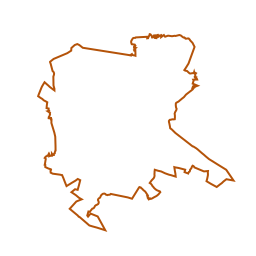 Suchiapa, Chiapas, Mexico, rotated 166°
{"feature_id": "50627088B44239726364509", "entity_name": "Suchiapa", "entity_type": "district", "adm_level": 2, "iso_a3": "MEX", "parent_name": "Mexico", "parent_adm1": "Chiapas", "projection": "mercator", "projection_center": [-93.131, 16.595], "detail": "fine", "context": "isolated", "style": "outline", "palette": "amber", "viewbox_px": 256, "rotation_deg": 166, "n_neighbors": 0, "source": "geoboundaries", "source_scale": "gbopen_adm2", "svg_char_len": 5603}
<svg xmlns="http://www.w3.org/2000/svg" viewBox="0 0 256 256"><g transform="rotate(166 128 128)"><path d="M196.7,53.6L189.1,42.8L186.4,41.2L182.3,38.9L174.8,34.3L178.8,49.5L185.0,54.0L188.2,51.7L188.7,52.9L186.6,56.5L186.2,56.2L185.5,55.9L182.1,58.4L181.2,58.4L180.6,58.6L180.1,59.0L179.5,59.6L178.8,60.4L178.0,60.8L176.4,61.1L175.3,61.5L174.7,62.2L174.3,63.2L174.4,64.3L174.6,65.3L174.4,65.8L173.9,66.4L173.3,66.8L172.4,67.0L171.8,67.4L170.9,68.6L170.1,69.4L169.3,69.8L168.5,70.2L167.6,70.2L166.8,70.1L166.1,69.6L165.5,68.6L165.0,68.4L164.4,67.9L164.0,68.0L163.4,67.9L161.6,67.7L160.7,68.2L145.0,60.7L141.2,58.4L131.5,67.8L131.1,67.9L130.8,67.7L130.5,67.4L130.0,67.2L129.6,66.3L129.0,65.7L128.1,64.0L126.7,62.2L126.5,61.7L125.1,57.8L125.8,57.5L125.0,55.5L125.7,55.3L125.1,53.7L123.7,54.2L123.6,53.8L122.4,53.7L121.4,53.9L119.8,54.4L116.9,55.1L115.7,55.6L114.2,56.4L113.1,57.3L112.2,57.9L112.3,58.6L113.0,59.2L114.5,60.2L115.4,61.0L116.2,62.0L117.1,63.3L117.7,64.7L118.3,65.7L118.7,67.2L119.3,68.4L120.2,69.4L117.7,71.5L115.3,73.0L114.5,73.9L114.2,74.4L113.8,75.2L113.5,76.9L113.1,78.0L112.8,79.2L112.1,81.0L109.1,79.2L106.3,77.8L103.0,75.1L99.4,72.7L97.8,71.9L93.5,69.3L93.1,72.0L93.0,72.6L93.0,73.6L92.9,74.5L92.9,75.0L92.6,78.0L92.5,78.8L91.8,78.4L88.6,77.0L82.6,73.7L83.8,71.5L80.6,69.3L80.3,69.8L80.0,70.1L79.6,70.6L78.8,70.8L78.2,71.5L77.9,72.4L76.2,73.7L75.4,74.9L74.8,75.5L74.4,75.8L74.0,75.5L73.7,75.1L73.3,74.6L73.1,73.7L64.8,67.5L60.8,66.9L61.1,66.1L61.4,65.2L61.5,64.3L61.7,63.5L62.0,62.6L63.4,59.7L64.7,57.4L61.1,53.8L56.2,49.3L51.7,51.3L50.8,51.6L50.0,52.0L48.3,53.0L46.5,53.8L44.9,54.5L42.3,53.3L38.3,51.5L42.8,63.7L50.6,71.7L52.7,73.9L56.9,78.2L59.4,81.6L60.9,83.8L62.4,85.8L63.8,87.8L65.6,90.4L66.7,91.8L67.1,92.2L69.1,94.3L69.7,94.5L83.3,111.8L83.5,112.2L83.9,112.8L85.9,116.1L87.1,117.5L86.9,119.9L86.8,122.4L86.8,124.0L86.6,124.9L86.1,125.4L85.5,125.8L84.6,125.7L82.8,125.7L81.6,125.3L80.5,125.2L79.9,127.0L79.4,129.2L79.3,130.6L78.5,131.9L76.7,133.8L76.2,134.9L76.4,136.1L76.3,137.4L76.1,138.7L75.7,140.1L75.1,140.8L73.9,141.1L72.8,141.4L72.2,141.6L71.3,142.1L69.6,142.9L68.4,143.5L67.9,143.7L66.8,144.2L66.3,144.4L63.6,146.4L55.9,149.8L55.0,150.6L55.9,151.1L55.0,152.4L54.2,151.7L53.8,152.7L53.1,151.7L52.7,152.0L51.8,152.0L50.2,152.2L54.5,155.4L52.8,158.2L53.0,159.1L52.5,159.0L49.2,158.3L49.3,159.1L50.5,160.5L49.7,160.9L50.7,161.7L50.4,162.0L50.1,162.4L49.9,163.4L49.5,164.2L48.8,164.7L50.3,166.1L50.3,166.3L50.9,165.3L51.0,165.4L51.6,165.6L52.5,165.6L53.1,165.7L53.6,165.7L54.4,165.8L55.0,166.1L55.5,166.8L56.1,167.7L56.5,168.4L57.0,169.1L58.6,169.8L58.9,170.1L59.0,170.3L59.3,170.6L57.3,172.4L53.7,175.9L43.8,190.6L44.8,195.0L46.5,198.0L46.7,198.9L47.1,199.4L47.2,199.7L47.5,200.2L48.2,200.4L50.0,200.6L50.6,200.8L50.9,201.6L51.4,202.2L51.8,202.1L52.6,202.7L53.2,203.4L54.2,204.8L54.5,205.1L55.7,205.8L59.6,205.8L60.5,206.2L63.1,206.4L65.3,207.3L66.8,207.9L68.0,207.8L68.7,207.7L69.9,207.6L70.3,208.4L70.7,209.5L73.8,208.2L73.2,210.1L73.3,210.2L73.7,210.0L74.2,209.5L75.6,210.4L75.9,209.4L76.2,209.4L76.5,209.3L76.6,209.1L77.3,209.0L77.3,209.7L77.0,210.3L76.9,210.4L76.8,211.1L78.0,211.0L78.5,211.0L78.9,208.4L80.0,208.8L79.6,211.4L80.6,211.5L81.1,210.0L81.3,209.9L82.7,210.0L82.8,210.7L82.8,210.8L82.7,211.5L83.9,214.2L83.8,214.3L84.1,214.1L84.8,212.8L86.2,211.2L86.5,210.8L86.8,210.3L87.6,210.4L87.0,211.8L98.5,214.0L99.0,213.7L100.5,214.0L101.2,214.0L101.8,213.6L102.2,213.3L102.6,212.8L103.1,212.4L103.5,212.0L104.0,211.2L104.2,210.5L104.2,209.3L104.1,208.4L101.3,207.3L100.9,206.0L101.4,205.6L102.1,205.6L102.4,205.5L102.7,204.6L102.4,204.3L102.1,204.1L101.9,204.0L101.7,204.0L101.2,203.8L102.5,203.1L102.2,202.9L103.1,201.8L104.0,201.5L102.1,201.5L102.9,197.9L103.3,196.3L104.1,196.8L106.0,197.7L106.3,198.8L107.7,198.3L107.9,198.3L107.9,197.8L109.8,198.7L152.5,216.8L154.7,219.7L155.3,220.4L156.9,221.7L159.6,221.4L163.6,219.3L164.4,216.8L168.8,215.3L183.5,213.0L187.6,211.1L187.7,210.7L187.5,209.1L187.4,201.5L186.8,200.7L186.5,199.3L186.5,198.9L186.9,197.7L188.0,195.9L190.0,187.3L189.9,183.9L190.3,182.3L190.6,182.7L191.0,183.1L194.0,186.8L195.1,188.6L195.5,189.1L197.9,192.6L201.3,189.2L202.2,188.1L206.6,182.0L207.5,180.6L205.5,178.3L204.4,177.2L204.1,176.9L203.3,175.6L202.8,175.0L201.4,173.8L200.8,173.2L200.1,172.5L200.8,170.9L201.4,169.3L202.2,167.0L200.3,166.1L200.5,165.4L200.7,164.9L200.5,164.3L201.0,164.4L201.7,163.7L201.9,163.7L200.0,161.6L200.3,161.1L200.3,160.7L200.3,160.3L200.3,160.2L200.7,159.7L201.1,158.8L202.2,157.8L202.4,157.4L202.6,156.7L201.2,156.1L201.1,156.5L200.3,156.3L200.6,154.8L200.2,154.7L201.1,151.5L201.1,151.0L200.6,141.3L200.7,137.1L202.7,128.0L203.7,123.8L203.9,123.8L204.4,122.8L205.0,122.0L205.2,121.2L205.4,121.2L206.0,120.9L206.4,120.3L206.5,119.8L207.0,119.9L206.9,120.0L207.6,120.4L208.0,121.4L208.4,119.5L210.2,119.8L211.2,119.7L210.6,121.1L210.9,122.4L211.1,122.2L211.1,121.8L211.4,121.3L211.7,121.2L211.8,120.9L212.9,120.8L213.3,120.4L213.6,120.3L214.2,120.3L214.8,120.1L215.3,119.7L216.0,119.1L215.4,118.6L215.3,117.8L216.2,115.8L216.9,114.1L217.7,112.5L217.2,112.3L217.7,110.1L215.0,107.9L212.8,106.6L212.7,106.3L212.8,106.0L213.4,105.5L213.7,104.5L213.8,103.3L213.3,103.0L212.6,102.3L212.1,101.9L205.1,99.1L204.0,98.5L203.3,98.2L203.3,97.9L203.0,96.1L202.8,94.9L202.6,93.3L202.4,91.5L202.2,90.1L202.1,89.4L202.0,88.6L201.7,86.5L199.9,87.1L197.9,87.7L195.8,88.4L193.4,89.1L191.7,89.6L189.1,90.7L187.0,88.9L189.4,84.4L191.8,80.2L194.2,81.4L198.4,79.4L194.8,75.4L192.5,72.2L190.2,70.0L195.9,69.2L204.1,63.7L202.6,61.6L197.9,55.2L197.3,53.8L197.0,53.7L196.7,53.6Z" fill="none" stroke="#b45309" stroke-width="2"/></g></svg>